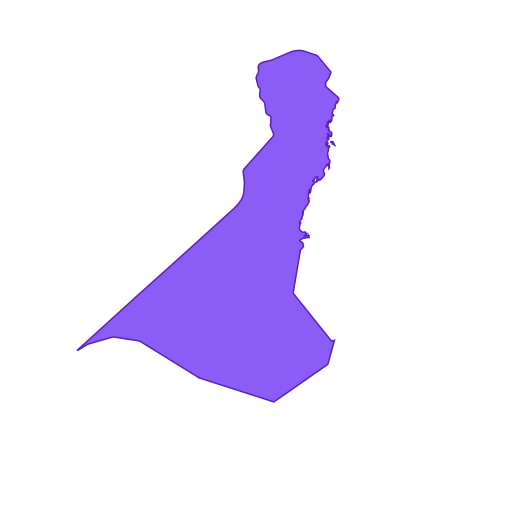 an SVG outline of Ash Sharqiyah, rotated 42°
{"feature_id": "SAU-1098", "entity_name": "Ash Sharqiyah", "entity_type": "Region", "adm_level": 1, "iso_a3": "SAU", "parent_name": "Saudi Arabia", "parent_adm1": "", "projection": "equal_earth", "projection_center": [49.771, 23.094], "detail": "fine", "context": "isolated", "style": "filled", "palette": "violet", "viewbox_px": 512, "rotation_deg": 42, "n_neighbors": 0, "source": "natural_earth", "source_scale": "10m", "svg_char_len": 6040}
<svg xmlns="http://www.w3.org/2000/svg" viewBox="0 0 512 512"><g transform="rotate(42 256 256)"><path d="M266.9,201.5L268.6,205.0L269.8,206.6L270.9,207.2L272.4,207.4L273.7,207.4L274.9,206.9L276.5,205.3L276.6,205.6L277.8,205.4L278.4,206.1L278.6,205.8L278.6,206.3L278.5,206.6L278.3,206.8L278.3,207.2L278.5,207.5L278.4,208.6L278.6,208.8L279.0,208.6L279.3,208.3L279.9,206.9L280.6,206.2L280.7,205.9L280.7,205.2L281.1,205.4L281.9,205.5L282.1,206.3L282.8,206.4L283.2,206.7L283.2,206.9L281.9,207.6L281.7,208.1L281.1,208.8L280.7,209.7L279.4,210.9L278.7,212.3L278.5,214.1L278.1,214.2L278.0,214.3L278.0,215.4L278.1,215.5L279.6,215.7L280.1,215.5L280.8,214.9L281.2,214.9L282.7,215.3L283.2,215.7L283.9,216.6L284.9,217.0L285.0,218.2L285.0,221.0L285.1,221.9L285.5,222.6L308.0,258.1L308.5,258.7L309.0,258.9L368.8,268.7L369.2,268.7L370.7,266.1L381.5,287.7L381.7,288.4L381.7,289.1L366.9,352.5L295.4,384.6L227.2,396.9L224.9,398.0L204.5,411.4L203.9,411.8L190.1,434.0L189.7,435.0L186.9,444.7L186.2,445.9L194.1,367.4L200.8,304.4L207.8,236.0L208.0,228.9L207.6,225.1L207.1,222.8L206.1,220.1L205.1,218.0L204.2,216.6L198.3,209.2L190.0,201.9L189.6,201.3L189.1,200.2L188.9,198.8L188.7,156.7L188.4,155.2L187.9,154.0L187.2,153.4L179.8,149.8L179.3,149.4L178.9,148.8L178.3,147.7L174.4,143.1L173.9,142.7L173.4,142.5L172.8,142.5L169.4,143.3L168.3,143.1L167.2,142.6L161.5,137.7L160.0,136.6L159.0,136.2L158.0,136.0L154.1,135.8L153.1,135.6L152.6,135.3L151.6,134.5L149.4,131.9L148.0,129.8L147.6,129.3L147.1,129.0L144.8,128.7L143.8,128.3L137.2,123.8L136.7,123.2L136.2,122.3L135.9,121.5L135.3,118.8L135.0,118.1L134.6,117.4L133.6,116.3L131.4,114.4L130.5,113.0L130.3,112.3L130.3,111.7L130.3,110.7L130.5,109.7L131.2,108.0L131.7,107.0L135.6,101.4L136.8,99.4L145.2,81.3L146.6,78.8L148.5,76.5L150.8,74.0L154.0,71.9L165.0,67.1L165.3,66.7L167.8,66.1L188.6,69.2L189.9,72.0L191.2,76.1L191.4,78.5L191.9,80.4L192.2,81.1L193.7,82.6L193.9,83.4L211.6,83.2L212.1,83.9L213.0,84.4L213.1,84.7L213.3,86.0L213.3,87.1L213.1,87.7L212.6,87.5L212.4,87.9L212.8,88.0L213.2,87.9L213.5,87.6L213.7,87.1L213.9,87.3L213.9,87.6L213.7,88.1L213.5,89.0L213.6,90.1L213.9,90.7L215.8,93.2L215.9,93.6L215.6,94.2L215.4,94.7L215.4,95.3L215.5,96.0L216.7,98.0L216.6,98.5L217.7,99.2L218.8,99.2L219.8,99.7L219.7,100.3L219.2,100.3L218.8,100.5L218.7,100.7L218.7,101.1L219.4,102.1L219.9,102.6L220.4,102.8L220.9,103.9L221.8,105.0L221.9,105.3L221.7,105.9L221.7,106.7L221.8,106.8L221.7,107.1L221.2,108.1L220.9,108.3L221.1,107.7L221.1,107.0L221.1,106.5L221.3,106.0L221.2,105.6L220.9,106.0L220.5,107.2L220.1,107.5L220.6,105.8L220.5,105.2L220.3,105.2L220.1,105.7L219.7,107.8L219.6,108.3L219.5,108.6L219.5,108.8L219.8,108.8L219.9,108.6L220.1,108.1L220.3,107.9L220.3,109.3L220.3,109.6L220.6,109.6L220.8,109.3L220.9,109.0L221.1,109.3L221.0,110.2L221.3,110.4L221.6,110.2L221.9,109.6L221.9,110.1L221.7,110.5L221.8,110.8L221.8,111.0L221.4,111.1L221.7,111.9L221.1,111.6L220.9,111.6L220.7,111.9L221.2,112.2L221.6,112.2L222.0,111.9L222.2,111.3L222.3,111.3L222.5,111.8L222.2,112.1L222.1,112.7L222.2,113.2L222.6,113.2L222.8,113.0L222.5,112.4L222.7,112.1L222.9,111.9L223.9,111.7L224.2,111.9L225.0,112.8L225.9,113.3L226.1,113.7L225.7,114.1L226.0,114.3L226.3,114.2L226.3,113.6L227.1,114.0L228.0,114.1L228.8,113.6L230.2,114.0L230.6,114.4L231.1,115.3L231.6,115.8L231.7,116.0L231.9,117.0L231.6,117.1L231.4,116.9L231.4,116.6L231.4,116.2L231.2,116.2L230.8,116.9L229.5,116.7L229.0,117.3L228.8,117.3L228.7,116.7L228.3,116.7L227.4,117.3L228.4,117.7L228.9,118.2L229.2,118.3L229.4,118.7L230.0,118.2L230.2,117.7L230.8,118.1L230.6,118.5L230.0,119.2L229.8,120.7L230.3,120.4L230.8,119.9L231.1,119.8L231.9,120.3L231.7,120.9L232.0,122.7L232.0,124.0L232.1,124.6L232.5,124.5L232.5,125.1L232.6,125.3L232.9,125.2L233.1,124.9L233.0,124.5L233.2,124.2L233.6,124.2L233.9,124.5L234.1,124.3L234.2,124.6L233.8,125.9L233.6,126.0L233.1,126.0L233.3,126.4L233.9,126.5L234.1,126.9L234.3,126.7L234.7,125.8L234.9,126.0L234.6,126.5L234.8,126.6L235.4,126.4L236.4,126.8L236.8,126.9L236.2,126.0L236.0,125.6L236.3,125.1L236.6,125.1L237.0,125.5L237.3,125.6L237.5,125.5L237.9,124.9L237.6,126.2L237.6,126.6L237.9,127.8L238.4,128.2L238.9,128.8L240.2,131.3L240.9,132.3L241.7,132.8L242.5,133.7L244.0,134.5L244.9,135.3L246.5,135.4L247.3,135.9L247.9,136.7L249.1,138.6L249.5,139.5L251.2,140.9L251.6,141.4L251.7,142.2L250.6,141.1L250.0,140.7L248.4,140.4L248.2,140.0L248.0,138.9L247.8,139.1L247.6,139.6L247.5,140.1L247.5,140.8L247.6,141.2L248.0,141.9L248.0,144.4L248.6,146.8L248.9,147.3L249.2,147.7L249.7,148.0L251.7,148.9L252.4,149.6L252.8,150.7L253.0,152.1L252.9,155.5L252.9,156.2L252.6,156.8L252.2,157.2L252.1,156.7L251.7,156.7L251.5,157.0L251.7,157.8L251.6,159.0L251.2,161.1L250.8,160.8L250.7,160.3L250.7,159.4L250.5,159.0L249.9,158.3L249.6,158.1L249.6,157.2L249.4,156.8L249.0,156.1L248.7,155.9L248.4,156.0L247.8,157.4L247.3,157.8L247.5,158.3L247.8,158.8L248.1,159.8L247.7,160.1L247.7,160.3L247.8,161.7L247.7,162.2L248.1,162.3L248.4,162.1L248.6,161.6L248.5,161.1L249.1,161.7L249.4,161.8L249.5,162.3L250.3,162.5L250.5,163.0L250.6,163.5L250.9,164.1L250.9,164.3L250.4,164.9L250.7,166.3L251.2,168.0L251.7,169.0L253.1,171.1L253.7,172.2L253.9,173.7L253.4,172.2L253.2,172.0L252.9,171.9L252.3,171.5L252.0,171.0L251.6,170.6L251.3,170.6L251.2,171.2L251.4,171.6L252.0,172.1L252.2,172.5L252.3,172.0L252.5,172.0L253.4,174.3L256.1,178.4L256.7,179.1L256.4,177.8L256.8,177.5L257.0,177.5L257.0,178.2L257.3,178.6L257.5,179.0L258.8,179.5L259.0,179.8L259.4,181.3L259.2,181.5L259.5,181.9L260.1,183.7L260.2,184.4L260.1,185.9L260.1,186.3L260.8,188.1L260.9,188.6L260.7,189.8L260.9,191.1L261.1,191.8L261.4,192.2L261.5,191.6L262.1,192.2L263.1,193.7L263.5,194.2L263.9,196.3L264.5,196.8L265.0,197.3L265.2,198.5L265.2,200.4L265.8,201.9L266.1,202.2L266.4,202.2L266.9,201.5ZM237.2,119.7L238.2,120.3L240.6,121.1L240.2,121.3L239.1,120.9L238.7,121.0L238.4,121.1L237.8,121.7L237.6,121.5L237.4,121.5L237.1,121.3L237.1,121.1L237.4,120.9L237.5,120.8L237.2,120.4L237.0,120.2L236.0,120.6L235.7,121.0L235.2,122.0L235.2,121.1L235.6,120.3L236.3,119.8L237.0,119.6L237.2,119.7Z" fill="#8b5cf6" stroke="#5b21b6" stroke-width="1.5"/></g></svg>